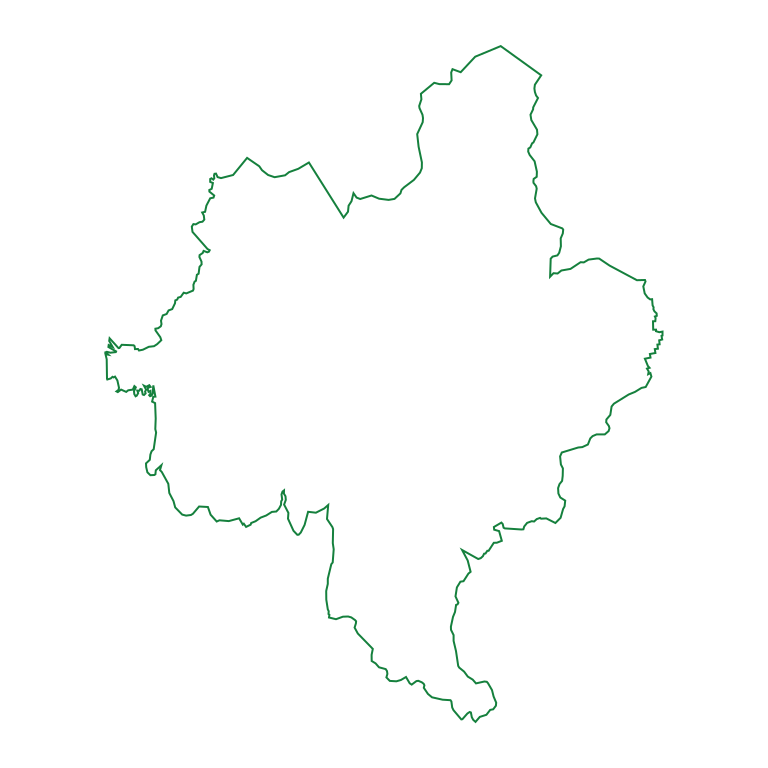 outline of Tlaola, Puebla, Mexico
{"feature_id": "50627088B3423694418611", "entity_name": "Tlaola", "entity_type": "district", "adm_level": 2, "iso_a3": "MEX", "parent_name": "Mexico", "parent_adm1": "Puebla", "projection": "equal_earth", "projection_center": [-97.92, 20.163], "detail": "fine", "context": "isolated", "style": "outline", "palette": "green", "viewbox_px": 768, "rotation_deg": 0, "n_neighbors": 0, "source": "geoboundaries", "source_scale": "gbopen_adm2", "svg_char_len": 6098}
<svg xmlns="http://www.w3.org/2000/svg" viewBox="0 0 768 768"><path d="M493.2,709.3L495.9,705.7L496.2,702.7L493.6,696.5L492.0,690.1L488.0,683.2L486.8,681.8L484.4,681.5L476.0,683.4L472.7,679.6L467.8,676.6L464.1,671.6L459.2,667.6L458.2,665.9L456.0,651.1L453.6,640.9L453.6,635.1L451.0,629.8L450.9,626.7L453.0,616.9L455.0,612.0L456.1,604.9L457.5,604.4L458.4,602.8L455.5,596.4L456.9,587.4L460.4,581.7L463.5,581.2L468.4,573.6L470.6,571.8L467.7,560.5L462.1,550.0L478.2,559.0L480.8,558.1L482.9,556.2L484.1,553.7L485.5,553.5L487.3,550.8L488.6,550.8L493.8,542.8L496.9,542.7L501.8,540.8L499.1,531.1L494.2,529.7L493.9,527.0L501.4,522.6L502.7,524.0L503.6,527.7L504.8,528.4L521.6,529.5L523.4,529.3L524.2,526.5L527.1,522.9L531.7,521.2L534.1,521.5L536.7,519.1L540.1,517.9L541.1,518.7L546.3,518.4L555.4,523.0L560.6,517.8L563.1,509.0L564.6,506.3L565.2,500.6L560.3,497.5L558.4,493.5L558.1,488.1L559.5,484.1L562.1,480.9L562.7,475.9L562.9,468.4L560.9,464.5L560.1,456.4L561.8,452.5L578.2,447.5L582.3,447.1L587.9,444.5L590.3,438.4L592.6,436.1L596.6,434.4L604.8,434.4L608.6,431.1L609.5,428.2L608.8,425.9L606.2,422.3L606.4,419.5L610.3,414.9L611.6,406.5L613.9,403.7L628.7,394.5L635.0,391.9L641.5,387.9L645.7,387.0L651.4,376.6L650.4,373.1L648.2,374.2L648.7,371.5L647.0,368.6L649.5,367.8L647.9,366.0L644.9,358.7L650.5,357.6L649.9,354.0L655.4,353.0L654.8,349.1L657.9,348.7L657.4,344.6L659.6,344.3L659.2,340.3L662.2,339.5L661.5,335.9L662.5,335.5L662.5,331.6L659.3,332.2L656.0,331.2L656.0,329.7L653.2,329.7L653.0,321.3L655.3,321.2L655.6,318.0L654.9,316.5L656.8,315.8L656.6,313.4L654.4,311.3L653.4,309.2L653.6,307.3L652.6,305.4L652.1,299.2L650.2,299.4L647.6,297.5L644.7,293.4L643.3,286.4L645.5,281.5L645.0,280.0L636.9,280.2L609.6,265.6L599.2,258.6L597.0,258.5L588.6,259.6L583.8,262.4L580.6,262.2L570.5,268.9L561.4,270.5L557.6,273.5L553.5,273.2L550.1,276.7L550.7,258.7L552.6,256.6L557.4,255.4L559.2,252.8L560.9,246.3L560.7,238.4L562.8,233.5L563.2,229.6L562.3,228.4L550.8,224.0L541.5,212.8L535.8,202.3L535.0,198.4L536.7,188.7L536.1,186.2L533.5,182.8L533.4,181.0L533.7,178.9L536.7,176.8L536.9,171.7L534.6,161.3L529.7,155.0L528.2,151.6L528.4,148.6L530.3,147.4L532.1,143.3L533.4,142.5L537.4,134.3L537.0,129.7L531.3,120.0L530.5,114.7L533.1,109.3L533.2,107.4L538.0,98.0L536.1,95.5L534.9,92.0L534.4,88.5L534.9,84.7L541.2,75.3L500.7,46.1L475.2,56.7L460.7,72.2L452.5,69.2L451.2,72.5L451.6,80.4L449.1,84.2L439.3,84.1L434.2,82.8L420.9,93.8L421.4,99.3L419.2,106.0L419.5,108.1L422.5,114.8L423.0,118.1L422.7,122.2L417.2,134.1L418.6,146.7L421.9,162.4L421.8,168.2L420.0,172.6L413.9,179.9L404.1,187.3L401.5,189.9L400.4,193.4L394.5,198.9L388.6,199.9L379.1,198.7L371.5,195.5L360.2,199.0L356.6,197.6L353.5,193.2L351.5,201.2L348.6,205.7L348.0,211.7L343.6,217.6L308.9,162.5L298.3,168.8L289.1,172.1L285.1,175.3L274.6,177.2L268.1,175.0L262.0,170.2L259.3,166.3L247.1,157.9L233.1,175.0L221.0,178.1L217.6,177.1L216.0,173.6L214.5,173.8L214.0,175.4L214.3,178.3L213.3,179.6L211.5,178.3L210.2,179.0L210.2,181.9L212.9,183.0L211.7,188.8L209.3,190.0L209.4,191.6L214.2,195.5L213.5,197.6L210.2,198.3L206.4,205.6L205.1,211.8L202.2,212.5L203.8,215.5L204.3,219.6L202.5,221.7L199.5,222.2L195.7,224.4L193.4,224.1L191.8,226.6L192.5,231.9L207.5,249.0L209.7,250.2L208.9,251.7L207.3,252.3L203.6,250.9L202.7,253.0L199.6,255.1L199.4,257.0L201.5,261.6L201.6,264.4L199.5,266.9L198.6,273.7L196.9,274.8L195.9,280.8L194.6,281.6L193.4,284.8L193.6,289.0L193.0,290.6L186.3,293.4L183.7,292.7L180.7,296.9L178.1,297.6L177.2,299.6L175.3,300.4L175.0,303.3L172.2,309.1L168.6,310.4L166.6,314.0L162.8,315.4L161.0,320.7L161.5,324.1L160.8,326.3L158.2,328.2L155.4,328.7L155.5,330.4L160.3,337.2L161.3,340.2L157.1,344.2L154.0,346.2L148.8,346.8L142.9,349.7L139.0,350.5L138.0,349.0L135.0,349.1L134.6,346.2L133.7,345.3L121.7,344.8L119.4,348.0L118.5,348.1L109.6,338.3L109.2,341.0L112.6,346.9L108.7,345.0L108.4,347.0L116.1,351.4L115.8,352.1L110.4,352.7L106.8,351.8L105.6,352.3L108.3,354.7L105.5,354.2L106.7,359.3L107.0,378.8L107.3,379.5L110.8,378.4L112.5,376.8L113.6,377.4L115.0,376.6L117.4,380.5L119.0,387.8L118.5,389.9L116.5,391.4L117.8,392.1L121.1,389.6L126.2,391.9L128.2,390.3L132.8,389.6L134.4,386.1L135.8,387.3L134.0,391.3L134.3,394.1L135.6,396.3L136.7,395.7L138.2,393.1L137.3,390.6L139.3,390.7L140.4,389.0L141.7,389.3L142.7,394.5L144.0,395.0L145.6,393.4L145.1,391.6L146.1,389.7L144.0,385.7L146.2,386.8L149.3,385.2L150.6,386.9L148.1,387.7L147.7,389.3L148.6,391.8L150.4,390.9L150.5,393.6L149.2,395.2L150.1,396.2L151.5,395.6L152.7,393.6L153.3,385.4L155.4,396.6L153.3,396.8L152.1,401.6L155.1,403.1L155.7,418.5L155.3,429.1L156.1,432.5L153.7,449.2L151.6,451.2L150.4,454.5L149.8,459.8L146.0,463.4L146.2,467.2L147.4,472.3L150.4,475.2L154.3,475.0L155.4,474.3L155.8,470.3L161.4,465.2L160.0,470.1L161.8,472.0L168.3,483.8L169.3,493.0L173.5,501.1L175.2,507.4L182.2,514.6L186.1,515.6L190.9,515.0L192.9,513.8L199.1,506.5L207.9,507.0L210.6,514.7L216.7,521.5L219.5,520.3L228.8,521.1L239.1,518.3L242.8,524.6L243.8,523.7L246.1,526.9L250.6,524.7L251.2,523.0L255.6,521.2L260.7,517.6L266.2,515.5L271.9,511.9L276.3,511.5L278.9,508.8L281.0,504.9L281.2,501.3L282.2,499.6L281.5,494.4L282.5,491.6L284.0,490.4L283.9,493.6L285.5,496.3L285.8,499.9L284.1,504.6L288.4,512.9L288.0,518.7L293.5,530.8L297.3,534.8L298.7,534.7L300.8,532.5L304.6,524.9L308.1,511.8L315.9,512.7L324.2,508.5L328.2,505.0L327.0,519.0L332.4,527.1L333.1,529.1L332.8,543.1L333.7,549.3L332.7,562.5L331.3,564.2L327.8,578.7L327.8,583.9L326.2,591.0L326.3,599.7L327.8,609.4L328.7,611.2L328.5,614.0L329.4,614.8L329.0,617.5L336.0,619.2L342.9,616.7L348.1,616.5L351.3,617.4L355.1,620.1L356.1,621.3L355.9,623.4L354.6,627.6L357.8,633.5L372.8,648.9L371.6,654.9L371.7,661.0L375.6,663.4L379.0,667.3L385.7,669.1L387.0,671.1L387.4,673.9L386.4,677.4L389.8,680.9L396.4,681.3L400.9,680.0L406.0,677.0L409.7,683.3L411.7,684.6L416.4,681.1L418.3,680.8L421.8,682.3L423.7,683.8L424.4,685.3L423.8,687.8L427.9,693.9L432.0,697.3L442.6,699.7L450.5,700.2L451.4,701.5L452.2,707.5L453.5,710.2L461.3,719.4L462.4,719.2L467.4,713.5L469.7,712.0L470.9,712.5L471.8,717.2L473.2,719.8L475.5,721.9L479.8,716.9L486.4,714.8L490.2,709.9L493.2,709.3Z" fill="none" stroke="#15803d" stroke-width="2"/></svg>